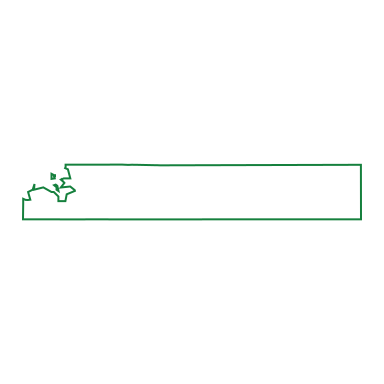 outline of Arapahoe, Colorado, United States of America
{"feature_id": "52423323B66865800325453", "entity_name": "Arapahoe", "entity_type": "district", "adm_level": 2, "iso_a3": "USA", "parent_name": "United States of America", "parent_adm1": "Colorado", "projection": "natural_earth1", "projection_center": [-104.718, 39.653], "detail": "fine", "context": "isolated", "style": "outline", "palette": "green", "viewbox_px": 384, "rotation_deg": 0, "n_neighbors": 0, "source": "geoboundaries", "source_scale": "gbopen_adm2", "svg_char_len": 1068}
<svg xmlns="http://www.w3.org/2000/svg" viewBox="0 0 384 384"><path d="M360.9,164.8L169.3,165.3L168.9,165.3L167.0,165.3L166.9,165.3L166.7,165.3L165.8,165.3L164.7,165.3L161.9,165.3L160.6,165.3L160.2,165.3L159.4,165.3L157.0,165.2L156.3,165.2L155.3,165.2L136.4,164.8L133.5,164.8L132.8,164.7L128.3,164.9L122.1,164.6L84.3,164.7L65.6,164.7L65.6,167.0L65.1,168.1L67.9,169.3L70.3,178.4L63.8,178.4L60.9,179.6L62.0,180.6L62.0,180.2L64.4,182.9L60.8,187.5L70.2,186.5L74.7,190.1L74.9,190.9L66.7,194.3L65.4,201.1L58.4,201.1L58.4,196.5L53.8,192.0L51.5,192.0L43.3,187.4L34.0,189.7L34.5,184.0L32.7,189.7L28.1,192.0L30.3,199.7L27.9,200.0L25.6,199.9L23.2,198.8L23.2,199.4L23.2,202.1L23.2,203.7L23.0,219.3L24.4,219.3L43.4,219.3L58.2,219.3L60.6,219.4L82.9,219.4L90.6,219.3L117.1,219.4L121.8,219.4L126.4,219.4L359.1,219.3L361.0,219.3L360.9,164.8ZM51.5,178.9L54.7,178.4L53.9,176.1L55.0,176.2L55.0,175.2L54.6,175.2L54.4,175.2L54.4,175.3L51.5,173.8L51.5,178.9ZM54.1,185.2L56.6,187.3L56.5,189.7L58.5,191.0L57.3,185.8L55.7,184.6L54.1,185.2Z" fill="none" stroke="#15803d" stroke-width="2"/></svg>